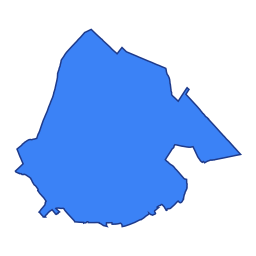 Vorniceni, Botosani, Romania
{"feature_id": "2599482B8793432480787", "entity_name": "Vorniceni", "entity_type": "district", "adm_level": 2, "iso_a3": "ROU", "parent_name": "Romania", "parent_adm1": "Botosani", "projection": "equal_earth", "projection_center": [26.671, 47.98], "detail": "fine", "context": "isolated", "style": "filled", "palette": "blue", "viewbox_px": 256, "rotation_deg": 0, "n_neighbors": 0, "source": "geoboundaries", "source_scale": "gbopen_adm2", "svg_char_len": 5698}
<svg xmlns="http://www.w3.org/2000/svg" viewBox="0 0 256 256"><path d="M202.3,162.3L202.9,161.8L203.5,161.5L204.6,162.8L207.2,161.3L210.5,160.1L211.1,160.0L211.9,160.2L213.0,159.9L214.2,159.9L215.1,159.6L223.7,157.9L240.6,154.4L239.8,153.5L239.2,152.9L235.1,148.3L234.0,147.2L233.3,146.3L232.7,145.7L228.7,141.2L226.4,139.0L224.3,136.5L223.3,135.6L222.2,134.3L220.5,132.5L216.4,127.9L216.0,127.5L215.4,126.8L208.4,119.2L208.6,119.1L208.4,118.8L208.1,118.6L207.1,117.6L205.4,116.4L205.2,116.1L204.7,115.3L203.3,113.7L202.9,113.4L202.7,113.3L202.3,112.8L202.0,112.3L200.5,110.5L200.2,110.0L196.9,106.2L190.9,99.7L185.9,94.3L189.0,89.4L188.1,88.7L187.1,87.7L186.5,88.5L185.9,89.4L185.1,90.6L178.2,101.2L174.6,97.7L172.7,96.0L172.0,95.2L171.7,94.6L171.6,94.1L171.6,92.5L171.2,91.4L171.0,90.7L171.0,89.7L170.9,89.3L170.3,84.2L170.0,83.3L169.9,81.8L169.6,79.4L169.1,77.7L168.1,75.6L167.2,74.4L166.8,73.2L166.4,71.7L166.2,70.1L165.8,68.4L164.3,67.7L161.8,66.7L159.4,65.6L156.7,64.6L151.7,62.4L147.7,60.8L140.6,57.8L138.6,57.0L136.9,56.2L126.9,52.0L126.2,51.6L125.8,51.2L122.0,47.5L120.4,49.5L117.1,53.8L116.9,53.7L116.3,53.0L113.5,50.6L111.7,48.9L109.8,46.9L104.6,42.1L103.3,40.9L102.0,39.4L100.8,38.5L100.0,37.7L99.2,37.0L97.9,35.8L96.5,34.5L91.2,29.4L85.4,32.2L84.7,32.5L80.7,37.1L78.2,39.6L76.6,41.5L75.0,43.1L74.3,43.9L72.1,46.2L66.7,52.1L65.4,53.8L63.6,56.7L61.5,59.7L61.2,60.3L61.0,61.7L60.7,63.1L60.3,64.5L60.2,65.6L59.5,67.5L59.2,68.2L58.9,69.8L58.4,71.0L57.9,72.6L57.6,73.5L57.6,74.4L57.4,77.8L57.2,78.7L57.0,79.9L55.3,87.4L55.1,88.6L54.2,91.6L53.8,92.7L53.7,93.6L53.5,94.2L53.4,94.7L53.0,96.1L52.8,96.6L52.6,97.4L52.2,98.3L51.8,99.2L50.9,101.4L50.8,101.7L50.5,102.3L50.4,102.9L49.5,105.0L49.3,105.6L48.8,106.7L47.2,111.3L45.4,115.4L44.4,117.8L43.3,120.3L41.5,125.4L39.5,131.4L39.1,132.1L39.1,132.4L38.8,132.9L38.5,133.7L38.3,133.8L38.1,134.2L36.7,138.4L35.5,138.7L34.3,139.1L33.2,139.2L32.1,139.6L31.2,139.7L30.4,139.5L29.5,139.6L29.0,139.7L27.6,140.4L27.1,140.7L26.1,141.4L24.8,142.2L23.3,143.6L22.8,143.9L22.2,144.4L21.7,145.3L21.4,145.5L17.7,148.5L17.0,149.1L18.4,152.5L18.9,153.9L20.2,157.1L20.7,158.1L21.9,161.0L23.1,163.8L20.2,166.6L15.4,171.1L15.8,171.9L16.8,172.4L18.8,173.3L18.8,173.2L19.5,173.4L20.1,173.8L20.7,173.6L20.9,173.6L21.3,173.7L21.5,173.9L22.0,174.5L23.7,174.5L24.1,174.2L24.7,174.5L25.4,174.6L27.4,175.9L28.1,176.4L28.8,176.8L30.5,178.1L30.7,178.3L30.7,178.8L30.9,178.9L31.3,179.4L32.5,182.1L33.8,184.2L34.0,184.6L34.4,185.0L35.4,185.7L35.6,185.9L36.0,186.4L36.6,187.2L37.0,187.8L38.1,189.3L38.1,189.5L37.8,190.2L37.7,190.7L37.8,190.8L38.2,190.9L38.8,192.0L39.3,192.8L40.2,193.9L41.1,194.9L41.5,195.2L41.8,195.7L43.7,197.7L46.1,201.2L46.1,201.3L45.8,201.5L45.6,201.7L45.5,202.3L45.3,202.5L45.5,203.0L45.3,203.3L45.1,203.7L45.1,204.0L44.9,204.9L42.6,207.7L41.1,209.4L39.8,211.3L39.0,212.1L39.6,212.6L40.1,213.0L40.6,213.7L41.9,215.2L43.2,216.6L43.3,217.0L44.6,216.5L44.8,217.1L45.4,217.0L45.0,216.7L45.4,216.5L45.4,216.4L45.4,215.9L45.7,215.3L46.2,214.9L46.6,214.5L46.9,214.3L47.1,214.1L47.3,213.6L47.9,213.0L48.4,212.6L49.4,211.5L52.0,209.8L52.1,209.7L52.9,210.7L53.3,211.1L53.9,212.0L54.4,212.4L54.7,212.7L55.1,213.5L55.3,213.8L56.1,214.4L57.7,213.6L57.4,213.3L59.6,211.9L58.5,210.9L56.8,209.4L55.9,208.5L55.8,208.4L56.1,208.2L56.3,208.2L58.6,208.0L60.1,208.3L61.0,208.4L63.2,208.3L64.1,208.8L64.1,209.2L65.2,210.8L67.6,213.6L69.1,215.2L74.3,220.8L74.7,221.8L79.3,222.2L83.6,222.4L83.7,223.1L84.1,222.9L85.6,222.8L86.0,222.7L86.8,221.9L87.4,221.7L88.1,221.9L88.4,222.3L88.4,222.6L93.9,222.6L97.0,222.5L99.2,222.6L99.3,223.2L100.3,223.5L101.2,224.0L103.4,225.5L104.0,225.7L105.0,225.9L107.0,226.4L106.8,226.1L106.6,225.4L106.3,224.9L106.4,224.7L106.5,224.3L106.4,223.9L106.5,223.2L106.5,222.8L111.9,222.7L112.1,224.2L115.5,224.1L117.4,223.9L118.5,223.7L120.5,223.2L120.6,223.4L120.9,223.5L121.3,223.8L121.7,224.3L121.9,224.6L122.2,226.6L125.1,226.0L129.5,224.5L134.8,222.4L140.3,219.6L140.9,219.8L143.9,217.8L145.9,216.1L148.3,214.5L148.8,214.0L149.1,213.8L149.1,213.5L149.0,213.2L149.7,213.8L150.9,214.6L151.6,214.7L152.1,215.0L152.4,215.1L152.8,215.1L153.7,214.5L154.6,214.3L155.1,214.0L155.5,213.6L155.4,213.1L155.2,212.7L154.7,211.9L154.6,211.7L154.6,211.2L154.7,210.7L155.7,210.0L158.3,207.8L157.7,207.8L157.4,207.6L157.2,207.4L157.1,207.1L157.2,206.9L157.5,206.7L158.5,206.1L159.2,205.7L160.2,205.4L160.9,205.0L161.1,204.7L161.3,204.5L161.6,204.5L162.1,204.6L163.8,206.4L164.4,207.1L164.6,207.6L165.0,208.3L165.3,208.8L165.6,209.0L165.9,210.0L166.3,210.4L166.8,210.2L166.4,209.6L168.0,208.6L168.2,208.8L169.7,208.6L170.4,208.4L174.6,204.6L176.9,202.1L177.9,201.2L178.2,201.1L179.3,202.3L179.6,202.5L180.1,202.7L180.6,202.7L181.0,202.5L181.6,202.1L182.1,201.5L182.9,200.1L183.1,199.9L183.3,199.4L183.3,198.9L183.6,198.8L183.5,198.5L183.5,198.2L183.7,197.5L183.8,196.8L183.9,196.4L184.1,195.6L184.1,195.2L184.2,194.8L184.8,193.7L184.9,193.4L184.9,193.0L185.2,192.1L185.3,191.8L185.6,191.1L186.0,190.7L186.0,190.3L186.1,190.0L186.7,189.0L186.9,188.6L186.8,188.0L186.8,187.7L187.1,187.2L187.0,186.7L187.0,185.3L187.1,183.9L186.8,183.4L186.7,183.1L186.6,179.4L184.5,178.9L184.1,178.6L183.6,178.1L178.6,172.3L176.2,169.6L175.4,168.9L174.3,167.4L173.2,166.2L172.7,165.8L172.0,165.3L170.5,164.4L168.6,162.8L167.6,161.7L167.2,161.5L166.9,161.4L165.3,159.7L165.6,159.3L165.7,159.1L166.2,158.2L170.8,151.1L171.9,149.3L172.2,148.9L172.7,148.4L173.5,147.8L173.6,147.6L173.8,147.3L173.9,146.8L174.1,145.9L174.9,144.7L176.5,144.9L181.6,146.1L184.2,146.5L187.1,147.0L189.1,147.2L190.4,147.2L193.0,146.7L194.4,149.6L195.9,152.8L196.1,153.3L196.7,154.5L197.7,156.7L198.8,158.4L199.3,159.0L200.4,160.7L201.1,161.4L202.3,162.3Z" fill="#3b82f6" stroke="#1e3a8a" stroke-width="1.5"/></svg>